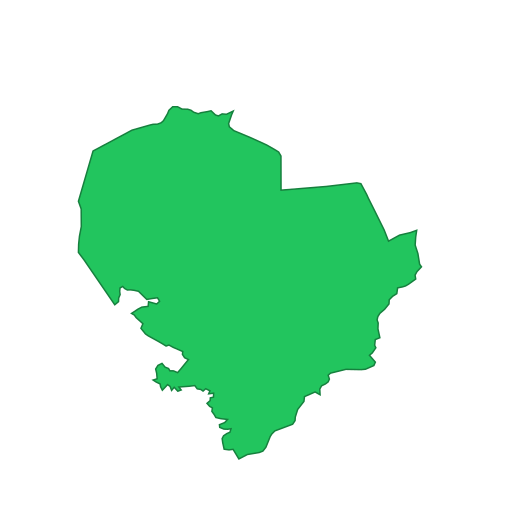 the district of Currais Novos, Rio Grande do Norte, Brazil, rotated 240°
{"feature_id": "56859067B29733795279027", "entity_name": "Currais Novos", "entity_type": "district", "adm_level": 2, "iso_a3": "BRA", "parent_name": "Brazil", "parent_adm1": "Rio Grande do Norte", "projection": "robinson", "projection_center": [-36.481, -6.242], "detail": "fine", "context": "isolated", "style": "filled", "palette": "green", "viewbox_px": 512, "rotation_deg": 240, "n_neighbors": 0, "source": "geoboundaries", "source_scale": "gbopen_adm2", "svg_char_len": 2644}
<svg xmlns="http://www.w3.org/2000/svg" viewBox="0 0 512 512"><g transform="rotate(240 256 256)"><path d="M197.9,408.0L199.1,401.3L202.3,390.8L202.6,378.2L214.5,380.0L236.4,381.4L250.0,382.2L253.8,382.6L266.2,383.0L268.9,379.9L281.0,351.8L300.5,310.6L330.1,327.6L334.7,327.6L337.9,325.9L346.7,320.8L360.9,310.7L375.6,299.5L381.2,297.5L384.4,298.5L390.6,305.6L392.9,308.7L393.5,301.3L396.0,297.7L396.1,293.5L398.4,291.4L404.2,289.7L405.4,285.9L407.6,280.0L408.1,277.1L411.7,273.9L414.7,272.6L417.2,270.3L420.2,265.4L424.5,262.7L426.9,258.5L425.7,253.4L423.5,250.6L420.8,245.9L419.4,243.4L418.8,240.4L419.5,236.4L421.5,232.8L422.4,229.8L427.0,211.5L428.4,167.4L392.2,129.6L384.1,128.1L368.8,119.4L361.4,113.0L354.9,108.3L347.9,104.0L344.5,104.4L338.9,105.1L284.4,109.3L285.2,114.1L288.3,116.1L290.5,119.0L293.4,120.2L296.3,122.2L296.3,125.3L293.5,126.0L290.9,127.6L289.5,130.3L287.3,133.2L284.2,136.6L273.0,139.7L271.3,144.3L269.1,149.8L265.0,149.9L264.1,146.0L270.1,140.1L266.3,137.4L268.8,131.6L269.0,127.1L268.5,119.5L265.7,121.1L262.6,121.4L253.9,124.2L250.9,120.2L243.8,121.3L240.8,122.7L231.1,128.6L227.1,130.9L223.0,133.1L222.4,136.1L218.3,138.6L209.9,144.8L207.6,143.1L203.6,143.3L200.1,145.7L195.8,134.4L194.2,129.8L197.8,127.1L199.6,124.0L202.3,124.0L205.2,121.7L210.0,120.9L210.3,116.4L208.3,112.6L204.0,111.3L199.1,109.0L200.0,104.9L196.8,106.5L193.1,109.0L190.5,108.0L186.6,107.8L187.8,111.8L188.8,115.1L186.0,116.4L181.8,115.7L183.2,119.5L178.0,120.7L177.4,124.2L181.1,123.7L176.8,132.6L174.4,138.2L170.3,138.7L168.0,141.5L165.5,142.6L166.2,146.1L162.3,148.7L160.3,146.1L158.4,150.7L155.0,148.6L156.0,145.5L153.7,144.0L152.9,139.9L148.9,140.7L146.3,142.3L143.5,140.1L139.6,140.5L136.2,140.5L132.8,144.1L128.7,149.6L127.4,145.6L128.2,140.0L125.7,138.9L122.1,141.7L120.1,144.9L118.9,148.0L116.4,145.3L116.8,142.0L116.5,138.0L114.8,135.4L110.9,133.8L107.7,132.8L104.6,131.8L101.6,135.7L100.0,139.5L88.8,139.7L88.4,149.3L84.2,160.5L83.6,164.4L85.4,168.9L92.6,178.1L94.0,180.8L95.1,184.9L92.0,203.6L93.9,207.5L96.9,209.5L102.3,215.4L106.1,224.8L110.0,227.7L108.7,239.2L103.8,242.1L108.9,244.7L110.8,247.9L110.5,252.2L110.9,255.5L112.7,258.0L116.7,258.9L117.3,261.9L112.9,277.2L105.0,290.3L103.2,294.2L102.2,303.3L104.4,306.3L113.3,304.6L113.9,308.2L116.6,313.9L119.3,314.1L124.0,317.5L123.3,322.4L132.0,325.2L136.9,328.3L140.1,328.9L142.6,331.2L144.4,334.6L145.6,340.9L148.0,347.2L151.5,349.5L152.8,354.3L153.0,359.1L157.6,362.7L156.0,367.4L155.3,370.5L155.3,373.9L156.2,382.8L159.9,384.2L162.0,387.6L163.9,393.9L167.1,393.6L177.1,397.4L185.9,399.3L192.6,403.8L197.9,408.0Z" fill="#22c55e" stroke="#15803d" stroke-width="1.5"/></g></svg>